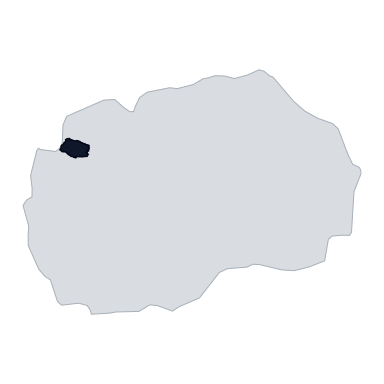 Vrapchishte, Vrapcište, North Macedonia (highlighted)
{"feature_id": "65306769B7593203088025", "entity_name": "Vrapchishte", "entity_type": "district", "adm_level": 2, "iso_a3": "MKD", "parent_name": "North Macedonia", "parent_adm1": "Vrapcište", "projection": "robinson", "projection_center": [20.844, 41.875], "detail": "fine", "context": "in_parent", "style": "filled", "palette": "ink", "viewbox_px": 384, "rotation_deg": 0, "n_neighbors": 0, "source": "geoboundaries", "source_scale": "gbopen_adm2", "svg_char_len": 1937}
<svg xmlns="http://www.w3.org/2000/svg" viewBox="0 0 384 384"><path d="M170.0,87.8L177.3,88.6L193.3,84.5L203.2,78.7L208.2,77.9L214.9,75.7L224.6,76.0L234.4,78.5L246.9,75.2L259.1,69.8L264.0,71.2L269.4,75.7L272.9,77.0L293.4,101.1L304.6,110.9L317.8,118.3L332.8,123.7L338.2,128.9L348.0,154.5L352.7,164.3L359.1,167.2L360.7,170.0L361.0,173.7L354.0,191.7L351.5,232.2L349.7,235.4L342.2,235.2L332.2,236.1L328.4,239.2L324.6,260.9L308.6,267.1L294.0,270.7L281.7,269.9L260.1,264.7L253.0,264.2L247.0,267.1L227.7,268.6L219.3,272.5L199.5,297.9L179.3,306.6L172.5,311.1L157.1,305.5L149.7,304.9L139.0,311.4L115.6,312.0L109.3,313.2L91.3,314.2L90.5,310.7L87.2,305.5L78.8,303.2L61.6,305.2L57.5,301.5L50.4,279.9L44.9,276.4L38.7,269.1L28.3,245.7L28.1,235.4L28.8,226.4L23.0,205.4L26.6,200.1L32.0,196.7L32.1,188.3L30.6,175.4L36.9,150.2L38.7,148.3L40.3,149.5L55.7,151.5L59.6,148.3L62.2,143.4L63.0,124.9L66.7,116.3L103.8,100.1L114.7,99.5L123.1,107.0L129.7,111.7L133.7,111.6L135.1,106.8L139.6,97.5L147.2,92.2L169.8,87.7L170.0,87.8Z" fill="#d9dde1" stroke="#a8b0b8" stroke-width="1"/><path d="M65.6,139.8L65.9,140.6L65.6,141.2L65.3,141.8L64.7,142.3L63.7,143.1L63.6,143.3L63.3,144.0L63.1,144.6L62.9,144.9L62.3,145.0L61.8,145.1L61.7,145.2L61.4,145.8L61.1,146.2L61.2,146.7L61.2,147.0L61.2,147.3L61.0,147.8L60.0,149.8L62.3,151.7L65.5,151.8L68.7,154.8L69.9,155.2L71.0,156.4L72.4,156.4L73.9,157.3L75.8,157.8L76.0,157.5L75.7,157.4L76.1,157.2L75.8,156.8L76.2,156.6L79.6,156.7L79.6,156.4L80.5,156.7L82.4,156.8L85.2,156.4L87.0,156.4L88.1,154.5L87.6,154.5L87.4,153.1L86.6,152.6L87.1,152.5L87.3,151.2L88.3,151.0L87.8,150.3L88.5,150.2L88.5,149.4L88.9,149.4L89.1,147.7L88.6,147.8L88.8,146.6L89.0,145.8L88.4,145.8L88.7,145.5L88.6,145.2L85.5,144.4L85.0,144.0L84.6,144.0L84.6,143.7L83.7,143.7L81.8,142.6L81.3,142.9L80.1,141.7L78.0,140.8L76.4,140.6L74.9,141.1L71.3,139.7L70.3,140.1L70.0,138.9L69.3,138.5L67.1,138.7L65.6,139.8Z" fill="#0f172a" stroke="#020617" stroke-width="1.5"/></svg>